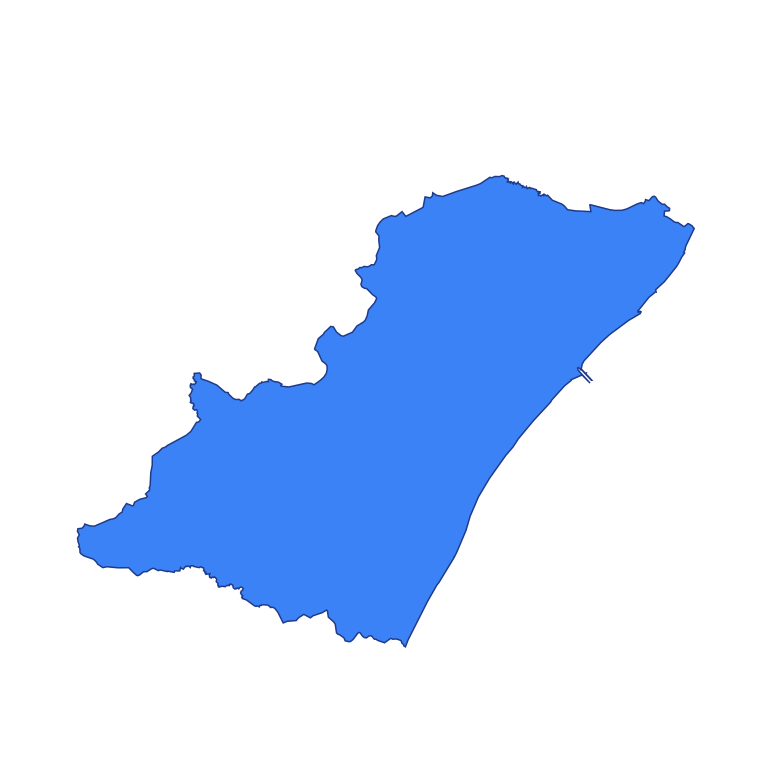 the district of Cha-Am, Phetchaburi, Thailand, rotated 21°
{"feature_id": "78962969B57649176029209", "entity_name": "Cha-Am", "entity_type": "district", "adm_level": 2, "iso_a3": "THA", "parent_name": "Thailand", "parent_adm1": "Phetchaburi", "projection": "albers", "projection_center": [99.881, 12.769], "detail": "fine", "context": "isolated", "style": "filled", "palette": "blue", "viewbox_px": 768, "rotation_deg": 21, "n_neighbors": 0, "source": "geoboundaries", "source_scale": "gbopen_adm2", "svg_char_len": 6170}
<svg xmlns="http://www.w3.org/2000/svg" viewBox="0 0 768 768"><g transform="rotate(21 384 384)"><path d="M617.9,127.7L614.8,125.9L611.0,125.2L610.1,125.5L608.2,129.1L607.3,129.5L600.4,127.9L598.7,128.6L596.6,128.6L592.0,127.2L587.8,126.5L585.3,126.8L583.9,122.1L588.1,120.2L588.3,119.3L587.6,117.6L585.0,117.2L581.6,115.6L579.5,116.5L576.7,115.8L573.9,114.7L570.9,112.4L569.1,111.8L567.5,112.9L565.6,117.9L562.1,118.1L562.4,119.5L561.7,122.6L559.3,122.4L555.9,125.1L548.1,133.4L544.0,136.5L537.4,139.2L532.1,140.4L512.2,142.7L512.0,143.1L515.4,148.9L500.9,153.7L492.9,155.5L488.5,153.1L485.6,152.3L475.3,152.1L469.1,149.1L468.1,150.1L465.4,149.4L465.5,150.8L464.5,150.4L463.0,152.3L461.9,151.8L460.7,152.7L459.5,150.4L460.6,150.5L461.3,150.0L460.9,148.6L458.4,149.2L457.1,148.8L456.6,148.0L451.5,148.3L450.6,149.1L449.9,148.3L449.2,148.4L447.8,150.3L446.2,148.6L446.0,149.7L444.9,150.3L443.7,149.5L442.8,150.7L442.6,149.3L440.1,149.4L439.3,148.6L437.6,148.8L436.8,147.5L435.6,150.2L433.0,148.8L432.5,149.4L432.9,150.8L430.4,149.6L429.8,149.8L429.8,151.1L428.0,150.1L427.6,151.0L426.7,151.2L426.8,148.9L425.4,148.4L425.9,147.7L422.9,148.1L421.6,146.9L419.5,147.1L417.5,149.0L413.2,150.5L410.8,152.8L408.8,153.1L402.2,162.4L399.2,165.2L383.3,177.8L371.6,187.9L365.4,189.0L361.0,188.0L361.8,191.2L360.4,193.7L355.3,194.6L357.2,204.9L356.4,206.0L344.3,219.7L339.1,216.6L335.2,223.1L333.1,223.9L330.6,224.1L324.2,230.1L322.3,234.2L321.3,238.5L321.4,243.7L321.9,245.0L326.4,247.7L327.3,251.0L331.0,258.2L330.8,266.8L332.3,269.6L332.6,271.5L332.1,276.3L329.4,277.2L328.2,279.2L326.5,280.5L323.2,281.4L321.3,283.6L319.8,283.8L318.7,285.9L316.7,287.3L316.5,288.3L319.1,290.5L324.1,292.7L325.8,294.1L326.5,295.6L326.7,299.1L328.3,301.0L331.1,301.6L333.8,301.2L341.1,304.6L345.1,305.6L346.5,306.8L346.1,311.6L342.9,320.4L343.9,326.6L343.6,331.2L342.8,333.2L338.0,339.4L336.0,346.9L329.1,353.8L326.8,354.3L321.0,352.5L316.3,348.8L313.7,349.3L309.9,357.1L309.6,359.3L306.4,365.2L306.6,376.0L307.1,376.6L310.4,377.4L317.8,384.7L322.4,386.1L324.4,387.5L325.8,391.1L326.3,394.9L325.4,399.0L323.2,403.5L319.0,409.8L316.1,409.5L311.5,410.8L296.2,420.9L288.9,422.8L288.2,422.5L288.8,420.8L284.9,420.1L280.3,421.1L278.1,421.0L276.7,420.4L274.4,421.1L275.1,423.3L273.4,423.8L270.3,426.0L269.2,425.8L268.9,427.3L267.5,428.1L264.9,432.9L264.2,433.2L263.8,436.0L262.1,440.9L260.1,442.4L259.3,447.5L258.3,449.3L257.1,450.1L256.7,450.9L254.3,450.3L251.1,451.6L248.2,451.5L242.7,449.2L241.6,447.9L238.7,448.6L228.3,444.9L218.4,444.4L211.7,444.7L211.0,444.2L210.1,441.2L208.0,439.8L203.0,442.1L203.9,444.3L204.0,445.1L203.3,445.8L203.8,447.2L205.9,448.0L205.8,449.0L208.0,449.2L207.6,450.3L208.0,450.7L207.1,452.5L206.3,452.3L205.1,453.1L203.7,452.9L203.5,453.5L203.6,454.3L204.2,454.8L203.8,455.3L204.6,456.7L207.1,457.4L207.2,461.2L206.2,464.6L207.3,465.0L208.9,466.9L209.2,468.3L210.0,468.7L209.7,470.5L210.8,470.9L212.3,470.3L213.2,471.0L213.7,470.9L213.7,471.9L214.6,472.4L213.9,473.6L214.4,475.5L216.8,476.3L218.0,475.1L219.0,475.6L219.6,476.2L219.8,478.1L220.8,478.5L221.1,480.8L225.6,482.9L224.5,486.1L222.7,486.9L220.7,497.4L217.8,502.7L203.8,519.0L202.6,521.2L199.9,523.5L197.8,528.4L193.6,534.5L196.8,543.1L198.0,550.2L202.1,562.7L202.1,565.3L203.1,566.6L203.1,567.4L200.8,572.1L203.3,573.7L202.8,575.3L197.4,579.1L193.5,583.7L193.6,587.2L193.0,587.9L186.4,587.9L185.0,594.3L185.4,597.5L183.4,600.0L181.5,604.9L179.2,607.2L176.7,608.6L164.6,620.5L160.6,621.8L154.9,622.0L154.9,623.9L153.9,626.8L150.1,628.8L150.6,631.4L153.6,634.0L153.1,637.7L155.1,641.2L157.3,643.6L157.6,644.6L157.2,645.3L159.1,646.7L160.6,650.3L162.4,651.3L165.6,652.0L175.6,651.7L179.8,653.5L181.0,654.7L187.3,656.2L190.8,653.9L201.6,650.9L211.5,647.0L217.1,649.6L221.6,651.3L222.7,651.2L224.2,649.9L226.9,645.4L230.0,644.1L233.1,639.9L234.9,638.6L240.2,639.1L241.7,637.8L248.8,636.8L249.0,636.3L255.6,635.0L255.7,633.4L260.3,631.7L259.9,628.6L260.5,629.1L261.1,628.6L263.0,628.8L264.1,625.5L265.4,625.0L265.5,624.5L267.3,624.1L268.8,624.8L268.8,622.9L271.0,622.1L271.7,622.5L277.2,621.7L278.4,620.2L279.7,620.6L281.2,620.2L282.5,621.9L282.5,623.0L283.5,622.9L284.2,623.8L285.0,623.7L284.8,624.6L285.7,624.7L286.0,625.5L289.5,623.5L289.5,625.4L290.7,627.0L291.4,626.6L292.2,627.1L293.3,625.6L294.4,625.7L294.8,624.9L296.1,625.2L297.8,626.2L298.2,628.7L300.6,629.7L300.9,631.3L302.0,631.5L302.0,632.7L302.9,632.7L305.1,630.9L308.3,630.2L309.3,628.6L311.7,627.6L311.4,627.0L312.0,626.8L312.2,625.7L314.9,626.0L316.3,628.2L318.2,628.8L319.3,628.4L319.4,627.7L320.7,626.9L321.8,627.3L322.4,625.4L323.6,624.6L325.8,625.2L325.9,626.9L324.9,628.6L325.0,630.4L326.6,631.9L327.8,632.1L327.6,633.2L328.2,633.7L327.8,634.3L328.8,635.0L332.9,634.9L342.9,637.6L344.3,637.4L345.2,636.5L347.4,636.8L347.5,635.3L348.9,634.6L349.0,633.9L354.4,632.1L356.8,632.5L358.0,633.3L360.3,632.3L362.5,632.6L366.7,635.1L375.5,643.2L378.7,640.2L386.8,636.3L388.0,632.9L391.7,627.8L399.1,628.7L400.9,625.7L408.2,619.7L411.4,615.6L412.8,616.6L415.6,621.6L422.3,624.1L424.7,625.9L428.8,633.3L430.4,634.1L432.5,634.0L437.7,635.4L439.8,637.7L443.9,637.1L445.1,636.2L446.7,633.6L448.9,625.9L449.9,624.8L451.0,624.9L454.3,627.1L456.5,627.8L458.6,627.3L460.2,624.7L461.7,623.8L463.3,623.9L466.4,625.7L468.1,625.1L469.8,625.6L477.2,625.4L481.4,619.1L483.8,619.1L486.2,617.8L489.6,617.4L491.9,617.5L493.6,619.5L495.7,620.3L496.4,621.4L498.2,621.7L498.2,614.2L502.5,571.7L505.4,552.8L506.4,549.7L511.6,521.1L511.3,520.4L511.7,520.1L512.2,515.2L513.0,491.2L511.8,476.6L512.6,455.6L516.3,434.2L523.2,407.2L527.0,396.6L529.0,387.2L536.8,364.3L546.0,341.3L546.4,338.6L553.3,320.8L557.2,314.1L557.5,313.3L557.2,312.9L565.7,304.6L576.0,309.3L560.2,301.5L559.0,299.7L559.3,299.1L562.4,299.5L563.0,299.9L562.7,300.2L563.7,300.1L576.3,306.2L576.7,306.0L568.9,302.2L568.9,301.2L568.0,301.8L562.8,299.3L561.9,294.7L562.4,290.8L571.6,267.5L577.0,256.8L589.6,236.9L598.0,226.4L598.0,225.8L596.9,225.1L598.7,224.5L597.0,224.3L595.5,225.9L594.8,225.2L600.3,208.0L604.6,200.6L605.1,200.6L603.8,198.6L609.1,188.0L614.9,169.9L615.7,165.8L616.5,158.7L617.7,153.9L616.5,153.5L617.0,151.3L616.3,147.4L617.9,127.7Z" fill="#3b82f6" stroke="#1e3a8a" stroke-width="1.5"/></g></svg>